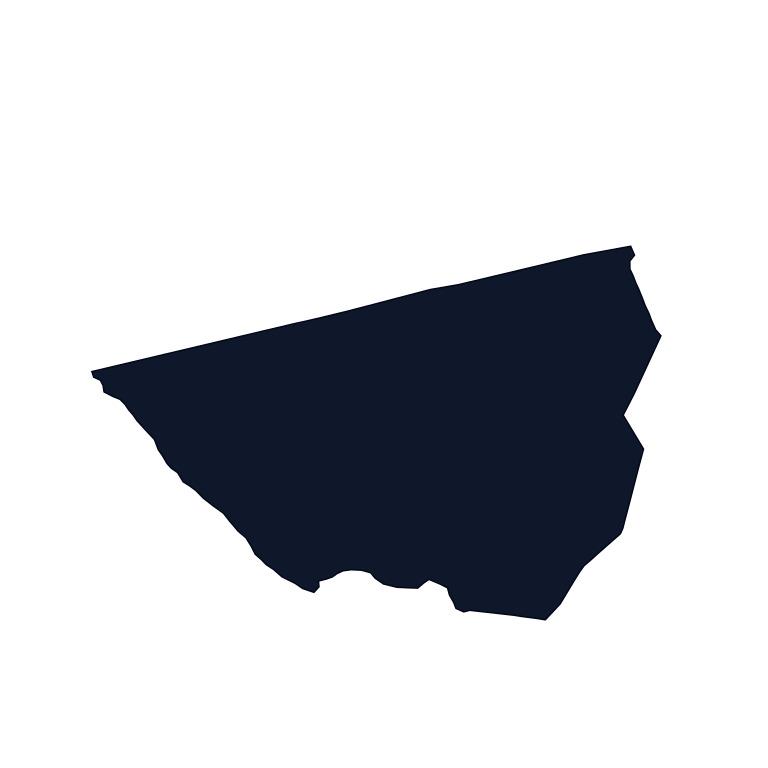 Inhapi, Alagoas, Brazil (Equal Earth projection), rotated 112°
{"feature_id": "56859067B78860328725040", "entity_name": "Inhapi", "entity_type": "district", "adm_level": 2, "iso_a3": "BRA", "parent_name": "Brazil", "parent_adm1": "Alagoas", "projection": "equal_earth", "projection_center": [-37.665, -9.294], "detail": "fine", "context": "isolated", "style": "filled", "palette": "ink", "viewbox_px": 768, "rotation_deg": 112, "n_neighbors": 0, "source": "geoboundaries", "source_scale": "gbopen_adm2", "svg_char_len": 1371}
<svg xmlns="http://www.w3.org/2000/svg" viewBox="0 0 768 768"><g transform="rotate(112 384 384)"><path d="M279.1,376.5L322.8,435.2L331.4,446.8L348.9,471.3L355.3,480.4L361.4,489.4L481.9,659.5L486.4,655.7L486.7,648.5L490.5,644.0L496.2,640.6L497.1,630.7L497.1,623.0L500.1,616.2L503.7,610.9L506.6,605.2L510.5,599.2L515.5,588.9L521.4,576.1L529.5,568.6L533.4,562.6L539.0,555.4L541.8,549.6L543.5,542.1L550.0,533.5L551.1,526.7L553.3,518.3L557.6,508.6L560.9,497.0L564.0,484.4L569.0,475.7L575.1,464.1L578.3,454.4L584.2,446.3L590.1,439.6L592.5,432.5L595.7,425.3L597.3,416.9L601.0,406.4L602.1,391.7L604.1,382.7L603.4,370.9L596.4,368.3L591.2,370.9L586.6,364.6L582.2,359.6L577.6,356.7L572.6,352.1L568.5,344.9L565.1,335.2L564.0,325.7L567.4,319.4L569.6,309.5L567.6,295.8L563.7,284.7L560.6,276.3L553.4,272.5L548.3,269.1L548.5,257.0L549.2,248.7L555.1,244.3L560.6,237.4L565.1,233.2L565.4,224.7L561.7,219.7L549.7,176.8L548.0,169.4L544.1,154.5L542.2,146.1L522.0,138.3L496.2,134.2L485.2,132.3L477.4,130.4L469.4,126.2L460.9,122.1L434.2,108.7L428.3,108.5L421.1,109.5L406.1,111.4L365.1,116.8L347.1,119.0L323.3,150.6L299.2,148.4L235.6,145.3L231.9,152.5L224.4,160.2L219.4,164.7L213.3,171.4L207.4,176.8L200.4,183.6L195.4,188.9L190.2,193.7L185.4,199.0L177.9,202.1L170.7,200.0L163.9,206.9L189.2,246.9L219.9,290.0L263.7,351.7L279.1,376.5Z" fill="#0f172a" stroke="#020617" stroke-width="1.5"/></g></svg>